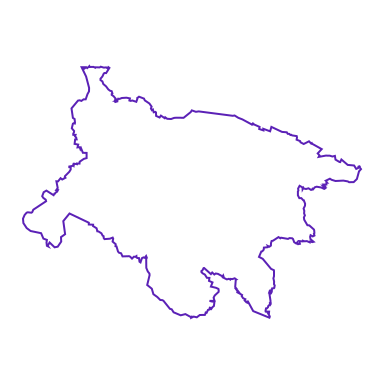 the district of Teocuitatlán de Corona, Jalisco, Mexico
{"feature_id": "50627088B4235190972494", "entity_name": "Teocuitatlán de Corona", "entity_type": "district", "adm_level": 2, "iso_a3": "MEX", "parent_name": "Mexico", "parent_adm1": "Jalisco", "projection": "natural_earth1", "projection_center": [-103.338, 20.111], "detail": "fine", "context": "isolated", "style": "outline", "palette": "violet", "viewbox_px": 384, "rotation_deg": 0, "n_neighbors": 0, "source": "geoboundaries", "source_scale": "gbopen_adm2", "svg_char_len": 5960}
<svg xmlns="http://www.w3.org/2000/svg" viewBox="0 0 384 384"><path d="M206.6,312.8L208.0,309.9L209.3,309.6L209.8,307.7L210.7,307.9L210.6,309.1L211.1,309.2L212.5,307.1L213.9,306.0L214.5,301.4L212.3,301.6L209.5,300.9L214.5,300.8L213.6,297.7L214.7,295.5L218.6,291.9L218.7,290.2L218.4,288.9L216.0,287.8L210.9,286.6L212.5,282.4L209.0,280.9L209.4,277.9L206.9,277.8L204.9,274.6L202.6,273.3L201.4,272.0L201.4,271.1L202.4,270.4L203.6,268.1L204.1,268.0L210.9,274.1L212.2,272.5L214.3,274.5L215.7,273.5L218.0,273.9L222.0,276.1L222.4,276.8L223.2,275.5L224.0,278.0L226.9,279.4L228.9,278.8L230.3,279.6L230.7,278.9L232.2,279.1L234.7,278.3L236.2,279.4L235.8,279.5L235.2,287.0L236.5,288.7L235.8,288.8L237.6,291.3L237.3,292.3L238.8,293.1L238.9,292.2L240.1,293.8L242.1,295.0L241.7,296.1L243.1,298.2L245.3,299.2L244.6,300.4L246.4,302.3L247.1,302.6L247.1,301.5L247.9,301.4L253.2,311.1L269.4,317.7L269.8,316.7L269.6,316.0L267.5,312.4L267.5,311.9L268.1,312.0L269.0,312.7L269.1,311.6L265.7,311.6L265.5,311.0L266.0,308.4L267.0,308.3L268.0,307.2L268.2,306.1L269.2,305.1L269.9,305.3L270.7,304.0L270.7,303.4L270.0,303.5L269.8,303.0L270.5,302.1L270.5,300.8L269.5,294.2L270.9,293.5L271.4,292.5L269.2,292.5L269.8,290.7L270.9,291.0L271.3,289.9L271.7,290.0L271.7,291.4L272.1,288.4L274.0,288.2L274.3,287.8L274.7,285.4L274.0,284.2L274.1,281.5L273.4,278.3L274.0,276.2L274.0,271.2L273.9,270.2L271.1,268.9L262.7,258.8L259.0,256.9L261.3,251.5L262.3,251.3L263.7,249.7L263.9,247.6L267.7,247.2L268.3,246.8L267.9,246.0L269.4,246.7L270.9,245.6L271.0,243.1L271.6,241.0L273.0,240.7L278.5,237.1L280.3,238.3L281.0,237.7L288.0,238.9L289.5,238.1L292.2,238.3L293.0,239.0L294.2,242.2L296.2,243.5L297.2,242.4L297.3,243.5L298.0,244.2L299.9,243.8L299.2,241.1L302.7,241.4L302.8,240.7L304.6,241.3L306.9,241.1L309.4,242.2L309.3,241.7L309.6,241.5L312.4,242.1L313.6,241.8L310.5,239.2L310.1,236.9L310.6,235.2L312.8,236.4L314.0,235.5L314.7,236.3L313.9,233.7L314.4,233.1L314.2,230.4L313.9,229.5L309.3,225.4L307.4,225.2L304.2,219.7L303.9,217.4L304.9,215.4L304.1,213.4L304.3,210.9L303.6,208.5L305.0,205.7L305.1,203.7L303.8,200.3L303.3,200.3L301.3,198.1L299.3,198.1L297.9,195.3L297.9,191.4L298.4,190.6L298.1,188.6L299.6,185.8L302.5,187.4L302.6,189.3L303.4,187.9L303.7,188.5L306.0,189.0L308.5,188.3L311.0,189.9L312.0,189.7L312.5,188.8L313.1,189.3L314.8,187.3L316.7,186.7L321.2,187.5L324.2,188.9L325.2,188.3L323.0,186.0L325.0,186.4L323.5,184.5L326.4,184.5L326.5,182.7L327.0,182.7L326.4,182.1L326.5,181.3L325.8,180.7L329.9,178.7L331.6,179.8L335.5,181.0L343.3,180.6L347.8,181.4L349.1,182.2L353.7,182.1L356.9,179.0L359.0,171.4L361.0,169.1L359.7,167.4L359.8,166.7L359.5,166.3L358.5,166.6L358.0,168.1L356.2,168.9L354.1,165.5L347.7,164.9L341.4,159.5L340.2,162.1L339.5,162.0L335.5,159.6L334.9,155.9L332.4,156.5L329.8,155.7L325.8,155.6L318.7,156.9L319.5,155.4L317.7,153.4L321.7,149.1L312.2,143.8L311.8,143.1L311.2,143.6L309.0,141.3L303.7,144.0L300.5,142.3L300.1,141.1L296.6,139.7L297.0,137.4L296.7,136.1L292.1,135.4L291.3,134.8L290.4,135.0L289.3,133.9L287.7,133.8L286.8,132.3L282.0,131.9L271.4,126.9L270.1,131.3L263.3,128.8L263.4,130.4L259.2,129.0L259.6,126.9L253.7,124.3L252.9,124.5L253.4,122.8L251.8,124.5L242.4,119.4L238.3,117.8L234.6,115.5L232.8,115.8L198.7,111.4L195.9,111.8L191.8,110.4L190.7,112.1L183.6,117.8L176.3,117.7L174.1,117.9L171.1,119.0L167.2,118.8L165.2,117.3L164.7,118.2L160.9,115.6L159.6,117.5L156.1,115.9L156.0,112.5L155.5,111.9L153.7,112.3L152.9,109.5L151.9,110.2L150.9,108.5L151.6,106.6L149.4,103.5L144.8,100.4L144.0,98.6L139.0,96.7L137.2,98.1L137.4,98.7L136.3,101.8L132.3,100.5L130.7,100.9L129.4,100.5L129.9,98.4L126.5,97.7L121.8,98.0L119.6,98.9L118.2,98.7L117.9,99.5L116.7,99.5L115.4,100.5L117.1,100.3L117.3,101.4L115.3,102.0L114.8,101.3L115.5,98.5L113.6,96.2L111.7,94.9L111.7,94.0L112.4,93.4L111.7,91.2L110.0,90.7L108.3,89.4L106.1,86.4L103.3,84.0L102.4,81.4L100.5,80.1L100.5,78.7L102.4,76.5L103.8,73.5L104.6,73.0L106.1,73.1L109.4,67.9L108.3,67.1L107.6,68.4L106.2,67.4L103.8,67.6L100.7,66.7L99.7,67.4L95.4,67.3L95.2,67.7L93.5,66.9L89.5,67.0L89.3,66.2L87.2,68.1L86.1,67.2L84.4,68.6L83.3,67.6L83.6,67.2L81.6,67.2L86.1,76.5L89.1,87.9L89.0,91.4L87.5,94.1L85.7,99.3L83.6,99.3L81.4,100.9L79.7,100.3L78.0,100.6L71.5,108.4L72.9,117.9L74.6,119.0L75.0,122.8L74.8,123.5L74.0,123.1L72.9,123.7L71.8,128.3L74.1,131.0L74.0,132.2L73.2,133.9L73.3,134.9L75.5,134.9L75.0,136.2L76.2,137.6L76.5,139.1L76.6,139.4L75.1,139.5L74.6,143.9L78.2,144.6L77.5,147.4L79.7,147.2L80.4,149.2L81.0,148.1L82.9,152.8L86.6,152.9L86.6,158.1L83.8,158.9L79.7,161.7L79.5,163.6L77.0,163.5L77.0,164.2L74.1,163.7L73.7,165.6L73.2,164.9L72.9,165.8L69.3,166.5L69.3,167.2L70.7,167.4L70.7,169.5L69.3,171.8L65.0,176.1L64.8,177.0L65.4,177.8L62.2,179.5L60.6,178.2L58.0,181.4L56.4,181.3L57.7,188.0L56.3,190.0L57.9,190.1L57.1,191.7L55.8,192.4L54.9,193.7L54.4,193.7L53.6,195.2L46.4,190.6L43.7,192.2L42.2,196.2L43.3,197.9L45.7,199.7L46.1,201.2L33.3,209.7L32.2,212.2L31.4,212.7L27.8,212.3L26.6,212.7L24.6,215.0L23.0,218.7L23.4,223.1L26.7,228.1L30.6,231.0L41.1,233.2L43.4,238.6L46.9,239.9L46.5,242.5L46.9,245.8L48.1,246.4L47.7,245.8L49.6,242.5L54.6,247.3L57.7,246.7L61.2,241.6L61.0,237.1L65.1,234.2L63.3,221.1L69.5,213.5L88.8,222.7L88.8,224.5L93.1,224.7L93.0,226.0L96.6,228.3L97.3,231.3L98.4,231.4L101.4,233.3L102.6,235.6L103.6,236.2L103.7,238.0L104.5,239.1L109.9,238.7L112.7,237.6L113.2,238.7L112.6,241.6L115.7,244.2L115.5,246.2L116.5,246.4L118.0,251.5L119.0,252.7L121.1,253.3L122.5,256.4L129.1,256.2L130.2,256.7L132.0,258.6L133.9,256.7L135.3,256.8L136.4,256.1L136.5,257.4L137.3,258.0L139.0,258.1L139.5,261.7L140.5,262.4L141.9,258.2L143.4,257.4L144.7,257.8L146.1,256.0L146.8,257.8L146.2,259.1L146.3,267.9L147.8,271.5L149.4,273.5L149.6,275.1L147.2,285.0L151.8,288.7L153.4,294.2L157.3,297.0L160.3,300.0L162.2,300.1L163.4,300.7L169.9,308.8L171.7,309.3L173.6,312.3L180.7,315.3L185.4,314.1L190.5,316.9L191.3,316.7L191.2,317.8L193.7,316.6L196.8,317.3L199.8,315.0L204.8,314.9L205.6,314.5L205.1,314.5L205.7,312.5L206.6,312.8Z" fill="none" stroke="#5b21b6" stroke-width="2"/></svg>